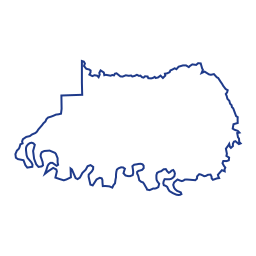 Santo Ângelo, Rio Grande do Sul, Brazil (orthographic projection)
{"feature_id": "56859067B98456999895328", "entity_name": "Santo Ângelo", "entity_type": "district", "adm_level": 2, "iso_a3": "BRA", "parent_name": "Brazil", "parent_adm1": "Rio Grande do Sul", "projection": "orthographic", "projection_center": [-54.307, -28.25], "detail": "fine", "context": "isolated", "style": "outline", "palette": "blue", "viewbox_px": 256, "rotation_deg": 0, "n_neighbors": 0, "source": "geoboundaries", "source_scale": "gbopen_adm2", "svg_char_len": 4055}
<svg xmlns="http://www.w3.org/2000/svg" viewBox="0 0 256 256"><path d="M200.7,63.4L198.1,63.2L196.2,64.9L192.3,64.4L189.9,66.0L188.8,67.1L186.0,65.4L183.0,65.4L178.6,66.7L176.4,69.2L174.7,68.3L172.3,69.6L170.4,70.4L169.6,72.2L167.0,73.4L164.9,73.7L165.3,75.6L162.9,78.0L160.5,75.6L158.0,77.5L155.7,78.0L154.7,76.9L152.8,78.0L151.1,78.4L148.3,78.2L147.6,76.5L145.0,76.3L143.6,77.6L142.0,77.2L140.4,75.6L139.0,75.9L136.9,74.8L134.7,75.9L132.3,76.5L131.1,75.5L128.8,75.8L125.8,75.3L122.6,76.6L120.4,76.4L116.5,73.3L114.9,73.7L114.0,75.4L112.3,75.0L110.6,75.7L105.8,74.8L104.3,75.2L103.8,72.5L100.6,70.4L99.3,72.9L99.7,74.6L98.6,77.2L97.2,75.7L94.5,75.2L92.4,76.1L89.4,74.6L90.5,72.5L90.6,70.5L89.2,69.5L86.3,68.8L84.0,66.0L84.9,63.5L83.8,61.6L81.9,61.0L81.9,82.6L82.1,91.5L82.2,94.8L61.4,95.5L61.6,108.9L61.0,113.7L58.5,114.3L56.0,114.6L53.3,115.8L50.9,116.7L48.1,117.5L46.4,119.2L45.4,121.5L43.4,123.3L42.2,125.0L38.3,129.5L36.9,131.7L35.4,133.0L32.1,134.4L29.8,136.1L26.3,136.9L22.9,139.2L22.1,141.4L22.6,143.4L20.4,144.3L19.5,147.4L18.8,148.8L16.9,150.6L15.4,154.1L15.9,157.7L17.9,159.1L23.5,160.2L25.4,165.2L27.3,167.6L32.3,166.8L32.5,164.7L31.4,162.4L27.5,157.8L26.6,155.3L26.0,150.3L26.0,148.1L26.5,146.3L27.9,144.5L29.7,143.2L31.6,142.7L33.4,143.3L34.8,144.8L33.1,151.0L34.1,158.8L36.2,164.3L38.5,166.9L41.7,166.4L43.0,165.3L42.6,162.0L40.6,156.2L40.8,154.2L41.7,152.2L44.3,151.0L49.6,150.6L54.9,152.8L55.9,153.9L57.6,158.2L57.6,162.4L58.1,164.8L56.6,165.8L52.5,162.9L50.4,162.9L48.5,164.4L47.5,166.2L46.3,170.2L44.9,173.8L48.1,171.3L53.2,167.9L56.3,169.5L56.9,171.3L55.4,177.6L59.5,179.0L63.8,180.3L66.3,179.5L70.9,177.3L70.6,168.5L71.9,169.5L75.6,178.1L77.6,179.1L79.9,177.6L82.4,172.9L85.7,169.7L87.6,166.2L90.5,165.1L93.2,166.9L93.1,169.2L91.9,171.3L88.7,174.6L88.6,176.7L90.4,184.6L92.7,185.4L96.6,179.4L99.7,177.8L101.7,178.3L102.4,180.0L102.5,182.8L102.8,186.1L105.3,186.0L107.6,186.2L109.4,186.4L112.3,187.6L113.5,185.1L115.0,183.3L115.5,179.6L116.0,177.2L116.0,174.7L116.3,171.9L116.9,169.6L118.5,168.3L121.1,167.3L123.2,167.5L124.9,168.7L124.2,170.8L123.5,173.3L125.5,175.5L128.0,176.1L130.3,176.1L132.7,175.1L133.2,173.0L133.1,170.8L132.7,168.0L132.4,166.2L134.2,164.7L136.9,164.3L138.8,163.9L140.7,163.8L142.5,164.3L143.6,165.7L143.7,168.1L142.1,169.9L140.1,170.5L138.4,170.9L137.1,172.0L137.2,173.8L138.1,175.4L138.7,177.8L139.3,180.3L141.2,181.8L143.0,182.4L144.2,184.1L145.4,186.3L146.5,188.1L147.1,189.6L149.6,190.1L151.5,189.3L153.2,188.5L154.8,188.6L156.3,188.2L158.3,187.1L159.2,183.8L157.5,181.6L156.6,179.9L156.4,178.0L156.4,175.2L157.1,172.9L159.0,171.8L161.2,171.2L163.6,169.3L165.8,169.1L167.2,171.3L168.8,172.8L170.2,172.0L171.6,170.6L173.2,170.0L174.3,171.6L174.9,173.6L174.3,176.3L172.6,178.0L171.1,178.9L169.3,179.3L164.6,179.2L163.6,181.5L163.3,183.3L163.8,185.2L165.6,185.8L167.2,186.9L168.3,189.3L169.5,191.1L173.0,193.2L176.4,194.7L178.5,195.0L180.0,194.8L181.4,194.1L180.8,192.4L178.6,191.5L177.1,190.9L175.3,189.4L174.1,187.7L173.2,184.9L174.1,182.4L177.5,179.5L179.9,180.5L181.8,181.1L183.4,180.6L184.8,179.6L186.7,179.5L189.4,179.7L195.3,180.2L197.0,178.6L197.1,176.4L199.2,174.2L200.7,174.5L202.7,175.4L204.2,176.2L205.9,175.9L207.9,174.8L210.5,174.6L211.5,176.5L211.7,178.4L212.9,179.8L215.3,179.0L216.9,178.4L219.1,178.1L218.4,176.5L217.9,174.8L221.9,170.2L224.7,171.3L224.5,169.5L225.3,167.6L223.9,165.8L222.5,163.2L223.3,161.0L226.6,161.1L228.8,160.3L229.1,157.6L226.4,155.9L226.9,153.8L225.9,148.7L228.4,145.3L229.2,143.9L229.9,146.8L230.9,147.9L232.9,146.1L232.9,143.7L233.9,141.7L235.4,141.2L238.9,144.1L240.6,143.4L239.2,141.9L239.0,138.6L238.0,137.3L237.2,133.1L239.4,132.6L237.8,130.9L234.4,129.7L232.7,128.6L233.5,124.2L237.7,123.0L237.6,119.4L237.7,117.1L236.1,116.1L233.2,108.3L231.9,107.1L231.6,105.2L230.1,103.7L229.3,100.8L227.4,98.8L226.7,96.0L225.8,94.0L227.1,92.4L227.7,90.2L225.6,89.0L223.3,86.0L222.1,83.9L220.5,81.6L218.2,78.0L216.8,77.3L215.7,76.1L213.9,74.1L210.9,74.8L209.0,74.4L204.6,71.6L201.6,73.0L202.9,69.9L202.1,68.3L200.7,63.4Z" fill="none" stroke="#1e3a8a" stroke-width="2"/></svg>